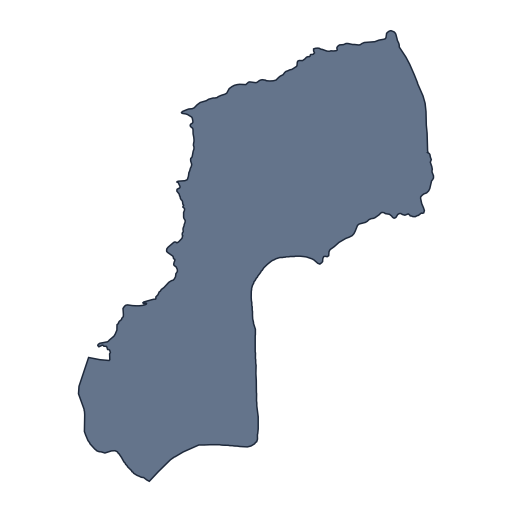 outline of Nacala, Nampula, Mozambique
{"feature_id": "85939544B80255250880532", "entity_name": "Nacala", "entity_type": "district", "adm_level": 2, "iso_a3": "MOZ", "parent_name": "Mozambique", "parent_adm1": "Nampula", "projection": "albers", "projection_center": [40.711, -14.547], "detail": "fine", "context": "isolated", "style": "filled", "palette": "slate", "viewbox_px": 512, "rotation_deg": 0, "n_neighbors": 0, "source": "geoboundaries", "source_scale": "gbopen_adm2", "svg_char_len": 5985}
<svg xmlns="http://www.w3.org/2000/svg" viewBox="0 0 512 512"><path d="M319.9,264.1L320.2,263.7L321.5,262.9L322.6,261.6L322.8,258.6L323.7,256.6L325.2,256.3L327.2,256.7L328.7,255.7L329.0,251.7L330.1,249.6L334.3,246.6L339.0,242.4L345.8,238.4L349.1,237.2L352.2,235.6L353.9,233.7L355.2,231.2L357.5,225.4L359.2,224.0L365.4,222.4L367.4,221.2L368.7,219.8L371.0,218.7L373.6,218.3L375.0,217.7L379.2,214.7L380.6,213.2L381.9,212.4L384.1,212.7L385.3,213.6L389.5,214.3L391.7,216.1L392.5,217.2L393.6,218.0L394.7,218.1L396.0,217.3L397.7,214.5L399.2,213.6L400.8,213.5L402.4,214.5L404.9,215.2L408.2,213.9L409.6,214.9L410.2,215.9L411.5,216.0L412.8,216.6L415.2,216.7L417.3,215.6L418.4,215.4L421.3,213.1L422.3,213.3L423.7,212.9L424.4,210.6L423.5,207.8L421.7,203.6L420.6,198.4L420.7,196.8L422.2,195.2L423.7,194.0L426.6,192.9L428.7,190.8L429.8,188.5L431.6,180.8L432.6,179.7L433.5,178.0L433.5,175.8L432.1,172.2L432.0,170.8L432.3,169.3L431.8,166.6L430.3,162.2L431.3,159.6L430.4,157.2L429.9,154.5L429.2,153.5L427.8,152.7L428.1,152.6L427.6,150.9L427.1,133.2L426.3,125.1L426.0,111.7L425.1,103.3L423.0,95.9L417.5,83.4L417.5,82.8L414.3,74.8L409.7,64.3L405.9,57.1L399.3,47.1L399.2,45.0L398.8,43.4L397.3,40.2L397.1,39.0L395.8,34.1L395.0,32.8L394.1,31.9L392.4,31.2L391.0,30.7L390.3,30.8L389.1,31.2L387.7,32.2L386.6,33.3L386.0,37.6L385.3,38.7L384.1,39.2L379.0,40.1L374.8,41.7L364.3,42.5L361.8,43.6L360.3,44.7L358.8,45.0L354.8,44.5L352.6,44.5L348.0,43.5L346.0,43.5L343.6,44.6L339.7,44.9L338.5,45.6L337.4,46.7L336.8,48.0L337.2,49.2L337.2,50.0L336.2,50.7L333.3,51.0L331.0,50.8L329.3,51.3L327.0,51.1L322.0,49.3L321.0,49.3L319.3,48.3L317.8,48.1L315.4,48.3L313.6,48.9L313.6,51.0L314.5,52.9L313.3,54.2L312.7,54.4L310.8,54.5L310.4,54.8L310.1,56.0L309.5,56.6L307.8,56.7L306.5,57.2L304.7,59.1L302.5,60.6L299.2,60.5L297.8,61.1L297.3,62.2L297.0,65.6L296.4,66.5L291.9,69.4L289.6,69.9L287.8,70.8L286.0,71.4L284.7,72.5L283.1,74.7L280.3,76.1L278.7,77.4L276.0,80.1L273.2,80.8L269.8,81.0L266.1,80.7L265.7,80.2L262.3,79.7L260.7,80.0L259.3,80.6L257.3,82.2L255.9,82.7L249.7,81.9L248.5,82.2L245.8,84.6L239.7,84.3L237.2,84.6L234.4,85.3L232.1,86.5L229.2,88.6L226.7,93.2L224.9,94.2L221.3,95.3L218.1,96.7L217.3,97.5L215.0,98.0L213.1,98.0L208.7,99.2L206.3,100.7L200.2,102.5L197.1,104.8L194.2,107.8L192.2,108.7L188.7,109.0L186.5,109.8L182.4,111.5L181.5,112.6L181.9,113.2L182.9,113.5L185.6,113.9L187.5,114.5L191.7,117.1L192.3,118.3L192.9,121.3L192.8,122.5L192.2,123.3L191.0,123.9L190.3,124.8L190.2,125.9L191.3,127.3L192.5,128.1L193.0,129.5L193.1,133.9L193.8,137.4L194.0,140.0L194.0,141.3L193.5,143.9L193.4,145.3L193.9,146.7L194.0,147.9L193.9,149.3L193.2,151.1L192.2,156.5L191.6,157.7L190.8,158.3L190.6,159.2L190.7,161.1L191.7,164.2L191.5,165.7L191.1,166.9L190.4,168.2L189.7,170.9L188.9,172.6L188.4,176.3L187.5,179.1L187.0,179.8L184.9,180.7L178.3,181.2L177.1,181.6L176.9,182.0L178.2,182.6L180.0,186.4L180.0,187.3L179.5,188.1L178.6,188.4L177.1,189.3L176.9,190.0L176.9,191.2L179.2,194.1L179.6,195.9L180.1,196.5L180.4,198.4L181.3,199.9L181.9,200.3L182.5,201.5L182.8,204.1L183.5,205.0L183.6,205.6L183.0,206.3L182.9,207.1L184.2,208.2L184.6,208.9L184.4,210.6L183.6,212.4L183.6,217.2L183.9,218.3L185.2,220.5L185.2,221.3L185.0,222.5L184.2,224.5L184.1,225.6L183.1,228.2L183.0,229.5L183.3,231.6L182.3,233.1L182.2,235.0L182.7,235.6L182.0,238.3L178.5,242.0L176.9,242.8L175.8,242.1L174.6,242.0L173.7,242.4L168.2,247.1L166.9,248.7L166.6,250.1L166.7,251.5L167.7,252.5L172.8,256.1L173.3,257.2L173.4,258.2L174.0,259.0L174.8,259.4L174.8,260.7L174.2,262.0L173.7,264.2L173.9,265.1L174.6,265.9L175.4,266.3L176.0,266.8L176.8,268.3L177.3,269.5L177.4,271.3L176.7,272.6L175.9,273.6L175.5,276.8L174.2,279.1L173.3,280.1L171.4,280.7L168.8,282.3L164.0,287.5L161.3,289.5L160.4,291.1L159.2,291.9L158.0,294.7L155.9,296.9L155.8,298.8L155.3,299.2L154.0,299.2L151.8,299.7L143.7,302.0L142.9,302.8L143.4,303.5L146.1,303.1L146.5,303.4L146.3,304.2L145.0,304.8L142.7,305.4L139.1,305.8L136.2,305.8L132.4,305.6L127.6,304.9L125.9,305.2L124.9,305.9L123.8,307.2L123.0,308.5L123.4,314.4L123.3,316.6L121.8,318.3L121.6,319.3L120.6,320.4L119.5,321.1L118.6,322.4L118.4,323.5L117.0,324.7L116.9,330.1L115.2,334.1L114.0,336.1L109.3,340.1L108.5,341.1L107.5,341.8L99.7,343.3L98.1,344.5L97.8,345.6L98.9,346.8L102.2,345.2L103.0,345.3L103.8,346.2L106.4,346.4L106.9,347.2L107.6,349.5L108.8,349.6L109.6,350.1L110.4,352.4L109.6,353.9L109.8,359.7L109.1,360.5L100.0,359.7L88.6,357.5L79.0,386.3L78.5,393.8L84.1,409.3L84.1,410.1L84.5,411.6L84.7,414.9L84.4,431.5L85.6,434.9L88.0,440.6L89.6,442.7L90.0,443.8L94.9,449.2L95.8,449.7L96.4,450.6L98.5,451.5L99.9,451.8L101.0,451.8L104.9,453.0L111.5,450.9L115.1,450.7L117.5,451.9L118.4,453.5L119.3,454.0L119.8,455.0L121.4,457.3L124.0,462.0L125.3,463.3L125.6,464.3L126.9,465.5L127.7,466.9L131.6,470.7L131.9,471.6L133.0,472.2L133.7,473.3L137.1,475.4L139.4,476.3L140.7,477.0L142.0,477.4L143.6,477.5L146.7,479.9L149.3,481.3L158.4,471.6L170.5,459.7L174.3,457.0L175.0,456.8L183.3,451.9L198.8,445.0L203.9,445.0L210.1,444.7L219.8,444.7L220.9,445.0L223.5,445.2L228.5,445.3L229.5,445.6L232.9,445.7L234.0,446.0L237.4,446.1L239.8,446.5L247.4,446.9L251.0,446.0L254.6,443.8L255.5,442.5L256.7,441.7L257.5,439.1L257.4,434.7L257.7,433.7L258.2,428.9L258.2,416.8L256.8,405.9L256.8,403.0L256.5,400.8L256.6,393.7L256.4,392.4L256.3,380.8L255.9,373.5L256.1,365.4L255.7,363.1L255.7,359.7L255.4,358.4L255.5,353.0L255.2,351.9L255.2,335.7L255.4,334.6L255.4,329.3L253.5,323.4L253.5,322.3L252.7,319.0L252.5,315.4L252.5,311.4L252.2,310.1L252.2,306.7L251.8,305.6L251.8,302.5L251.4,300.7L251.2,297.4L251.3,291.2L251.6,289.8L251.6,288.5L252.5,285.3L253.7,283.1L254.0,281.7L255.1,280.5L256.3,278.2L257.4,277.1L257.9,275.9L259.9,273.4L260.8,272.1L261.2,271.1L262.2,270.3L263.8,267.8L267.4,264.3L270.9,261.5L272.3,260.5L274.3,259.7L275.8,258.8L279.9,257.5L282.6,257.5L283.8,257.2L285.1,257.2L286.2,256.8L288.8,256.8L290.1,256.5L294.4,256.5L295.3,256.2L296.3,256.2L300.1,256.2L303.0,256.5L306.3,256.9L312.1,258.9L313.9,259.9L317.8,263.3L319.9,264.1Z" fill="#64748b" stroke="#1e293b" stroke-width="1.5"/></svg>